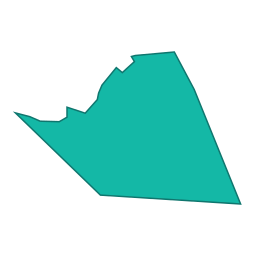 outline of Awerial, Lakes, South Sudan
{"feature_id": "79223893B81946287385268", "entity_name": "Awerial", "entity_type": "district", "adm_level": 2, "iso_a3": "SSD", "parent_name": "South Sudan", "parent_adm1": "Lakes", "projection": "natural_earth1", "projection_center": [31.08, 6.188], "detail": "fine", "context": "isolated", "style": "filled", "palette": "teal", "viewbox_px": 256, "rotation_deg": 0, "n_neighbors": 0, "source": "geoboundaries", "source_scale": "gbopen_adm2", "svg_char_len": 353}
<svg xmlns="http://www.w3.org/2000/svg" viewBox="0 0 256 256"><path d="M240.6,204.0L194.2,89.5L174.3,52.0L135.3,55.5L131.4,56.5L134.4,61.6L122.3,72.6L116.3,67.6L102.0,85.1L98.6,93.1L97.3,99.6L85.2,113.2L67.0,107.2L67.0,117.2L59.2,121.7L40.2,121.2L29.9,116.7L15.4,112.9L100.4,195.1L240.6,204.0Z" fill="#14b8a6" stroke="#0f766e" stroke-width="1.5"/></svg>